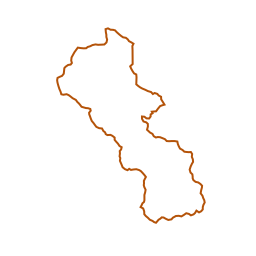 outline of Major Gercino, Santa Catarina, Brazil, rotated 254°
{"feature_id": "56859067B69843073310031", "entity_name": "Major Gercino", "entity_type": "district", "adm_level": 2, "iso_a3": "BRA", "parent_name": "Brazil", "parent_adm1": "Santa Catarina", "projection": "albers", "projection_center": [-49.062, -27.42], "detail": "fine", "context": "isolated", "style": "outline", "palette": "amber", "viewbox_px": 256, "rotation_deg": 254, "n_neighbors": 0, "source": "geoboundaries", "source_scale": "gbopen_adm2", "svg_char_len": 2935}
<svg xmlns="http://www.w3.org/2000/svg" viewBox="0 0 256 256"><g transform="rotate(254 128 128)"><path d="M207.5,156.5L209.4,154.8L211.2,152.9L213.3,152.2L215.3,150.8L216.5,148.3L218.2,146.9L220.5,145.3L223.2,143.6L225.4,142.5L226.5,140.7L227.3,138.3L229.3,136.2L229.2,133.7L226.1,133.1L223.6,132.9L221.5,132.3L218.7,132.3L216.2,130.9L214.8,128.3L215.4,125.6L216.2,122.2L217.3,119.8L217.5,116.7L217.0,114.1L217.0,111.6L216.2,109.8L216.8,107.3L217.9,104.5L219.1,101.9L215.6,97.4L211.4,93.2L208.5,92.0L206.0,92.0L204.8,90.4L205.1,87.8L204.1,84.9L203.1,83.3L200.8,82.4L197.9,81.2L196.3,79.0L196.0,76.4L195.6,74.1L193.6,73.1L191.7,72.8L190.0,72.7L187.5,72.7L184.5,72.8L181.4,73.2L178.8,73.2L177.8,75.0L177.4,78.3L176.0,80.0L174.2,81.4L171.9,83.0L169.4,85.6L166.9,86.5L165.3,87.5L163.5,88.3L161.2,89.2L159.8,91.4L158.8,93.0L158.0,95.1L156.7,97.0L154.9,96.9L153.4,94.8L151.7,94.5L150.0,94.7L147.7,94.8L144.8,95.1L142.1,96.3L140.1,97.0L137.8,97.9L135.8,100.2L134.7,102.9L131.9,103.5L130.1,104.8L128.3,104.9L126.9,106.2L126.2,109.3L124.8,110.8L122.5,112.5L120.3,111.9L118.4,112.7L115.8,114.0L113.0,114.9L111.3,116.6L109.3,115.5L108.1,113.7L105.6,113.2L103.1,112.1L101.2,112.3L98.7,111.2L94.9,111.7L91.8,112.0L89.3,113.7L87.6,115.9L88.4,117.9L86.9,119.3L86.6,121.9L86.1,124.6L84.5,127.1L83.0,128.5L80.7,129.7L78.1,130.9L76.0,131.7L74.6,130.3L72.8,128.7L70.3,128.1L68.7,127.4L66.6,127.4L63.8,127.9L61.5,126.8L59.1,125.3L56.6,124.6L54.1,123.9L52.5,123.0L51.6,121.1L50.0,119.8L48.5,118.3L46.5,120.4L43.5,120.6L40.6,119.9L38.4,120.9L36.2,122.4L33.8,123.7L31.9,126.0L30.4,127.1L29.2,128.8L30.3,130.5L31.4,132.1L31.9,134.0L32.8,135.8L32.1,137.6L30.4,139.2L28.5,141.4L28.2,144.6L29.4,146.4L30.2,149.8L29.6,152.6L28.3,155.0L29.0,157.6L30.0,160.5L28.6,162.9L26.7,164.4L26.9,167.2L27.8,169.0L29.7,171.0L27.3,173.0L27.8,175.4L29.1,177.4L31.4,178.1L33.3,179.3L35.3,181.2L37.7,181.4L39.8,181.0L42.4,180.9L45.2,179.8L48.2,181.3L50.3,182.6L52.1,183.3L54.2,182.2L56.3,180.5L57.6,178.1L59.9,176.5L61.8,176.3L63.7,176.8L65.7,177.1L68.0,175.8L71.0,175.8L73.7,177.6L75.9,179.5L77.5,181.2L80.0,181.7L82.7,181.4L85.3,182.5L87.6,181.8L88.0,179.8L88.8,177.7L89.7,175.6L91.8,174.4L93.9,172.3L96.3,171.8L98.8,171.5L101.4,171.7L102.5,169.4L103.4,166.4L104.0,163.8L104.8,161.6L107.1,160.4L108.7,158.4L110.3,156.3L111.1,154.2L111.2,152.2L113.0,150.5L115.6,149.9L117.6,147.9L119.3,146.9L121.1,145.8L123.9,147.5L126.5,148.2L128.4,147.1L130.0,144.7L133.0,144.0L135.2,144.6L134.3,146.9L132.2,148.4L131.3,150.9L132.8,152.9L134.8,153.5L135.4,155.7L137.1,155.4L136.7,157.6L136.3,159.6L138.2,162.0L140.2,164.9L140.4,167.2L140.4,169.5L143.7,168.6L146.4,167.8L148.9,168.4L150.8,166.4L152.7,165.6L154.3,163.2L153.8,161.3L156.2,160.1L158.0,157.3L160.0,155.1L162.0,152.6L163.7,150.9L165.6,149.4L167.7,148.0L174.5,150.2L177.2,150.7L178.8,148.9L181.3,148.1L184.2,147.4L186.7,147.1L188.2,150.1L201.5,153.8L205.6,154.8L207.5,156.5Z" fill="none" stroke="#b45309" stroke-width="2"/></g></svg>